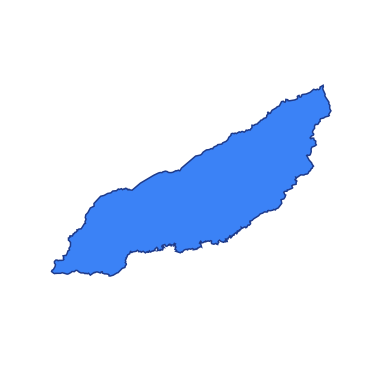 Barue, Manica, Mozambique, rotated 251°
{"feature_id": "85939544B78941967379031", "entity_name": "Barue", "entity_type": "district", "adm_level": 2, "iso_a3": "MOZ", "parent_name": "Mozambique", "parent_adm1": "Manica", "projection": "natural_earth1", "projection_center": [33.195, -17.955], "detail": "fine", "context": "isolated", "style": "filled", "palette": "blue", "viewbox_px": 384, "rotation_deg": 251, "n_neighbors": 0, "source": "geoboundaries", "source_scale": "gbopen_adm2", "svg_char_len": 6077}
<svg xmlns="http://www.w3.org/2000/svg" viewBox="0 0 384 384"><g transform="rotate(251 192 192)"><path d="M213.1,95.6L210.5,94.8L210.0,90.7L206.4,86.8L205.0,84.1L202.4,82.7L200.9,83.0L198.6,81.1L197.0,81.0L197.1,80.0L193.3,75.3L193.8,72.6L193.4,71.6L193.6,71.0L192.6,71.1L192.5,70.1L191.6,69.0L191.9,68.1L191.2,67.2L191.1,66.2L190.6,66.2L190.2,65.2L189.4,64.7L190.2,62.5L189.3,62.4L189.6,61.9L188.6,61.0L188.7,60.2L186.6,59.5L185.8,60.1L183.8,60.7L180.3,59.4L178.9,57.4L177.1,57.3L176.7,55.5L174.4,53.8L173.0,52.2L173.3,51.7L173.6,49.3L171.9,49.4L171.4,48.8L170.0,48.9L169.6,48.2L169.7,46.8L170.7,43.9L170.6,43.0L171.5,42.4L172.0,41.2L171.1,39.3L169.6,38.8L167.9,39.3L166.1,38.3L163.9,35.8L163.5,34.1L162.5,33.3L160.1,34.9L159.5,35.6L159.5,36.5L157.9,41.2L158.0,43.0L155.0,47.2L154.8,48.5L155.3,51.4L155.9,52.6L155.0,54.9L155.7,56.4L155.5,57.3L155.1,58.0L153.3,59.0L151.6,60.7L150.9,63.0L149.6,64.3L149.7,65.2L148.8,66.3L148.9,67.7L146.5,68.8L147.8,73.4L147.3,73.8L147.6,75.4L147.1,76.7L145.3,78.9L146.0,80.2L145.8,81.1L144.6,80.8L142.9,82.9L142.7,83.9L141.5,86.0L140.7,86.6L139.8,86.2L139.2,87.1L139.0,90.4L139.9,94.7L139.8,95.8L142.5,101.2L142.5,104.0L143.8,104.8L144.8,106.3L145.6,106.5L147.0,105.9L147.6,106.7L149.3,106.8L150.4,108.2L151.2,108.2L151.6,109.2L153.5,110.7L153.9,113.0L155.9,114.5L155.7,114.9L154.7,114.9L154.4,115.5L154.7,116.5L154.1,119.9L154.7,121.3L153.6,122.2L152.9,122.2L152.5,124.1L151.6,124.4L151.9,126.5L149.6,128.1L150.2,130.2L149.4,130.5L149.2,131.2L149.8,131.6L150.2,132.6L149.1,132.7L148.7,133.3L149.1,134.9L148.8,136.1L149.2,136.4L148.7,138.0L150.0,138.2L151.1,140.7L149.7,141.3L147.8,140.0L147.7,142.3L147.1,142.6L147.1,143.3L147.7,143.8L146.8,145.3L147.9,146.2L148.8,145.8L149.1,146.9L148.7,147.6L150.4,147.0L150.6,146.0L151.2,146.5L151.2,149.2L149.6,149.4L148.8,150.5L149.4,152.0L149.2,153.3L149.9,153.2L149.9,154.0L149.1,154.9L148.0,154.6L147.8,154.9L148.4,155.7L148.1,157.3L149.2,158.6L148.3,159.5L146.9,157.5L146.7,158.4L146.2,158.8L145.0,158.8L144.6,157.9L143.9,157.9L143.2,157.2L142.1,158.3L141.2,158.4L141.1,157.6L138.3,161.2L138.8,162.6L138.3,163.1L139.7,165.8L139.7,167.8L138.7,169.0L139.3,169.5L139.0,171.2L138.3,172.2L138.4,174.0L137.4,174.7L137.0,174.4L136.9,174.7L137.4,175.0L136.6,176.0L136.9,177.4L136.3,177.9L137.2,179.3L137.0,179.7L137.4,181.0L137.4,182.8L137.0,183.1L139.8,183.3L141.2,182.4L142.7,184.1L142.3,184.5L141.0,184.1L140.8,184.4L140.5,185.9L141.0,187.6L140.5,188.0L141.1,189.0L140.5,189.3L140.5,191.3L139.7,192.4L139.9,193.9L139.2,194.5L137.6,193.7L136.6,194.0L135.5,195.7L135.6,197.9L134.5,198.5L134.0,199.2L135.0,199.8L135.5,200.8L136.8,200.7L137.5,202.3L135.8,203.4L134.2,205.4L134.1,205.9L134.9,206.7L134.4,207.6L133.9,207.7L134.1,208.6L133.8,209.2L134.8,209.3L135.4,208.3L136.6,208.4L135.9,210.8L136.8,211.3L137.2,212.4L138.3,213.6L137.1,214.6L136.8,214.2L137.1,213.5L136.1,213.5L136.0,213.9L137.1,215.7L137.8,215.9L137.5,217.5L137.7,217.9L138.3,217.6L139.2,220.1L138.0,220.7L138.6,221.4L139.2,221.3L139.2,221.9L140.2,222.0L140.3,222.9L139.7,223.0L140.0,224.6L140.8,224.7L140.7,225.8L141.5,226.9L142.5,227.1L141.4,227.8L141.8,230.1L141.3,231.3L140.8,231.2L140.7,232.1L142.5,234.3L142.0,235.4L142.8,236.9L143.6,237.3L144.8,236.8L145.6,237.4L145.2,237.8L145.6,238.5L145.6,239.6L146.6,241.7L147.8,247.1L149.1,249.5L149.0,251.9L149.6,254.0L148.6,256.5L148.8,257.2L149.6,257.5L149.7,258.1L148.8,259.9L148.5,262.6L148.9,263.6L147.9,265.0L148.7,266.1L148.8,268.3L152.1,273.2L155.7,273.7L155.6,276.6L156.8,278.2L158.6,279.6L159.2,278.9L161.9,278.7L162.4,280.1L161.8,282.0L162.9,282.8L162.6,283.1L162.9,287.8L163.2,288.5L165.3,288.3L165.8,289.8L165.4,292.9L167.3,293.7L168.2,294.7L168.7,294.6L169.1,293.6L170.3,293.5L170.7,294.8L172.2,294.9L171.5,295.8L172.8,300.5L171.6,303.3L171.9,304.8L171.5,306.9L172.0,308.1L173.3,309.3L173.6,310.8L175.3,312.5L175.4,313.5L176.5,314.3L176.9,315.3L179.1,314.6L180.5,314.6L184.2,313.1L189.2,312.3L189.4,313.1L188.5,314.4L188.7,315.9L191.2,317.8L193.9,318.6L195.4,320.0L195.5,323.0L196.1,324.9L197.7,324.6L199.8,325.6L201.5,324.4L203.3,324.6L203.9,322.8L203.6,321.8L204.5,321.3L205.0,321.5L206.1,323.3L206.2,325.0L206.6,325.7L207.6,325.9L208.7,325.3L209.7,325.5L211.4,327.1L212.2,328.6L214.5,329.3L215.7,330.7L215.1,332.5L215.3,333.7L216.5,334.6L217.1,336.2L218.6,336.5L219.4,337.4L219.1,340.5L219.6,342.6L219.3,345.7L219.6,346.7L220.9,346.6L223.5,349.8L225.6,349.4L227.6,349.8L228.6,350.5L231.0,350.1L232.3,350.7L239.0,349.0L240.2,349.1L241.1,349.7L246.5,349.2L247.7,349.5L248.6,350.4L250.2,350.7L249.5,347.2L248.0,346.6L247.6,345.9L247.6,344.8L248.5,343.9L248.2,342.6L249.5,340.4L247.8,336.3L247.5,331.9L248.2,328.2L247.8,326.9L246.6,326.5L246.4,325.3L247.0,324.6L248.4,324.7L248.5,323.9L248.1,322.7L246.7,322.6L245.8,321.8L245.6,319.1L246.6,313.4L247.1,312.5L248.1,312.6L249.0,310.9L247.3,310.1L246.7,309.4L246.9,308.6L248.1,307.9L248.3,306.1L244.9,302.6L244.8,300.1L244.1,298.8L243.2,294.2L240.9,291.7L240.9,291.1L242.4,290.3L242.7,289.7L242.3,289.3L241.1,289.4L240.1,287.6L239.0,287.2L238.1,286.1L238.3,284.0L237.7,283.4L237.8,282.5L237.3,281.6L237.4,280.1L236.4,279.0L236.1,277.4L235.1,276.2L235.3,273.5L234.8,272.3L235.6,270.4L233.2,269.6L232.5,268.1L231.7,267.4L232.4,265.4L232.1,264.5L232.9,263.4L232.0,262.4L231.6,260.8L232.7,259.6L233.0,258.6L232.6,257.1L233.5,256.2L232.8,252.9L233.7,251.9L233.4,251.1L234.3,249.3L234.3,248.4L233.9,247.7L232.8,247.2L231.8,244.7L229.9,243.0L228.8,240.8L228.5,237.1L227.6,235.7L228.4,231.8L227.7,230.6L227.5,227.7L226.9,226.4L226.1,225.7L226.8,224.2L226.5,222.2L227.1,219.3L226.1,215.6L224.6,213.4L224.2,212.1L224.8,207.1L218.0,189.8L216.1,187.6L216.2,186.9L217.0,186.4L217.1,184.0L217.4,183.7L216.9,180.2L217.2,178.3L218.1,176.2L219.5,175.1L220.4,173.6L220.5,170.9L220.1,169.9L220.8,168.2L220.9,166.4L220.3,161.3L217.2,146.2L213.2,135.9L214.6,133.3L215.1,133.2L214.8,132.2L216.6,131.4L216.5,130.9L217.2,130.2L216.7,129.2L217.1,128.7L216.8,127.1L218.1,126.4L218.1,123.9L218.7,123.6L218.7,122.8L217.8,121.1L218.7,117.4L217.6,114.9L218.1,111.8L217.4,107.8L217.7,104.2L213.1,95.6Z" fill="#3b82f6" stroke="#1e3a8a" stroke-width="1.5"/></g></svg>